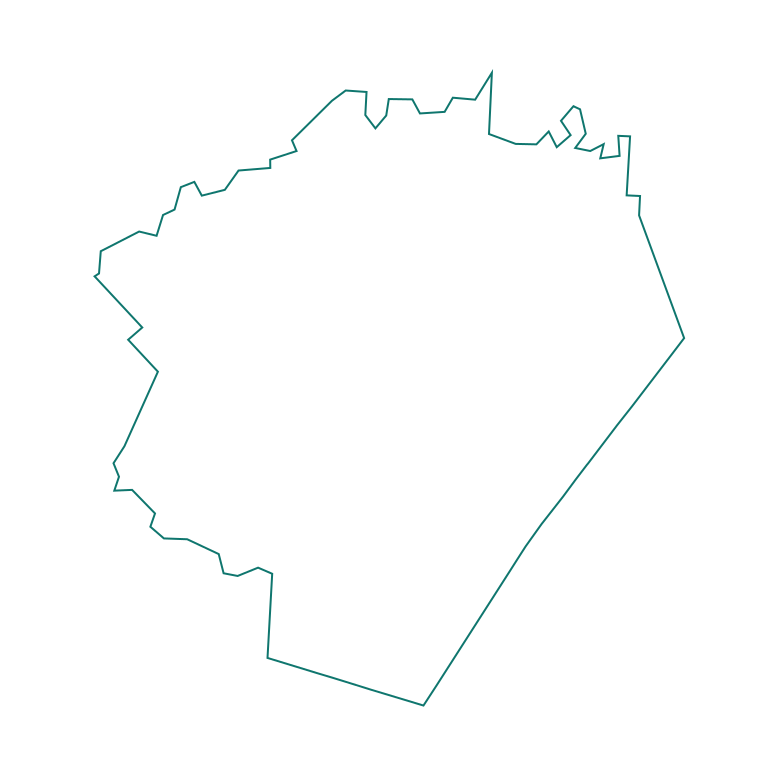 Fort Bend, Texas, United States of America (Robinson projection), rotated 94°
{"feature_id": "52423323B41825478999592", "entity_name": "Fort Bend", "entity_type": "district", "adm_level": 2, "iso_a3": "USA", "parent_name": "United States of America", "parent_adm1": "Texas", "projection": "robinson", "projection_center": [-95.832, 29.525], "detail": "fine", "context": "isolated", "style": "outline", "palette": "teal", "viewbox_px": 768, "rotation_deg": 94, "n_neighbors": 0, "source": "geoboundaries", "source_scale": "gbopen_adm2", "svg_char_len": 1198}
<svg xmlns="http://www.w3.org/2000/svg" viewBox="0 0 768 768"><g transform="rotate(94 384 384)"><path d="M296.8,680.2L344.5,629.1L357.7,642.3L387.5,610.4L464.2,638.6L481.9,648.3L495.0,641.9L509.2,645.6L507.2,627.9L529.1,603.4L542.7,607.1L553.4,592.8L552.6,569.5L565.2,537.0L584.0,530.8L585.7,516.6L576.0,496.8L581.1,482.3L665.4,481.1L677.1,430.5L681.0,413.2L683.8,401.2L689.9,375.5L702.0,322.2L680.8,310.4L561.1,245.0L550.2,239.1L536.5,231.6L535.8,231.2L512.8,217.1L483.8,197.5L465.9,186.1L450.4,175.9L449.2,175.0L408.9,148.6L388.8,134.9L330.4,96.4L317.3,87.8L198.0,141.3L178.6,141.7L178.9,155.1L119.8,155.8L120.1,167.6L140.0,164.9L143.8,184.0L129.4,181.6L137.2,194.5L135.2,209.7L120.3,200.2L96.3,207.6L93.7,214.4L109.1,225.8L122.7,215.2L135.7,228.2L120.6,237.3L134.3,248.7L135.3,269.4L127.3,296.7L66.0,298.1L94.0,312.9L93.6,335.3L108.3,342.5L111.6,367.0L98.1,375.6L99.4,399.1L116.0,400.5L129.6,410.4L117.0,421.4L93.9,421.8L93.9,442.7L105.1,455.7L147.3,492.8L157.7,487.5L168.1,513.2L176.4,512.5L181.2,544.0L201.4,556.3L208.8,578.9L195.6,587.3L201.8,600.4L224.6,605.1L230.8,616.2L252.0,621.2L249.0,638.9L271.3,675.8L293.6,676.0L296.8,680.2Z" fill="none" stroke="#0f766e" stroke-width="2"/></g></svg>